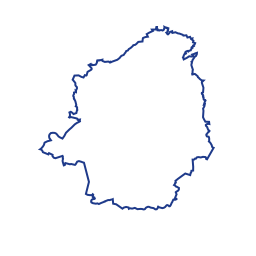 the district of San Marcos, Sucre, Colombia, rotated 72°
{"feature_id": "7082276B33104783866993", "entity_name": "San Marcos", "entity_type": "district", "adm_level": 2, "iso_a3": "COL", "parent_name": "Colombia", "parent_adm1": "Sucre", "projection": "robinson", "projection_center": [-75.194, 8.569], "detail": "fine", "context": "isolated", "style": "outline", "palette": "blue", "viewbox_px": 256, "rotation_deg": 72, "n_neighbors": 0, "source": "geoboundaries", "source_scale": "gbopen_adm2", "svg_char_len": 5611}
<svg xmlns="http://www.w3.org/2000/svg" viewBox="0 0 256 256"><g transform="rotate(72 128 128)"><path d="M205.1,152.1L205.0,151.5L205.1,150.6L205.9,149.1L206.0,148.4L206.1,146.2L208.1,144.1L208.8,141.1L209.4,139.6L210.2,138.5L210.3,138.1L210.4,137.5L210.3,136.9L209.4,135.6L209.2,134.8L209.1,133.5L209.4,132.5L210.8,130.9L212.1,128.4L213.6,127.3L214.0,126.7L214.1,125.7L213.2,124.4L212.9,123.7L212.4,123.8L212.1,123.7L212.2,123.4L212.9,123.1L214.7,120.3L214.9,119.8L214.9,118.2L214.6,117.1L213.5,115.3L213.4,114.6L213.7,114.1L214.4,113.4L215.2,113.0L215.3,112.3L215.0,111.8L214.4,111.1L212.7,109.6L211.9,108.6L210.9,107.8L210.1,107.0L210.1,106.8L210.8,105.5L210.7,103.9L210.4,103.8L209.1,104.9L206.5,102.7L206.3,102.4L204.8,102.3L204.2,102.5L203.8,102.4L203.5,101.7L203.1,99.8L202.3,98.7L200.8,98.1L198.8,99.9L198.7,100.3L197.2,101.1L196.5,101.8L195.6,100.6L194.8,100.1L194.7,99.4L192.9,99.2L192.0,96.6L192.0,96.9L189.0,87.6L192.0,83.4L190.1,82.3L189.9,81.7L188.3,80.9L188.6,79.2L185.1,78.0L178.0,76.3L178.4,75.1L178.3,74.4L177.8,73.7L178.0,73.2L178.1,72.7L177.3,71.8L177.2,71.3L177.5,69.8L178.5,67.9L178.6,65.6L179.6,63.3L180.1,63.0L181.6,63.2L182.2,62.5L173.3,52.7L172.5,53.6L171.9,53.8L170.1,53.7L167.8,54.2L167.0,54.5L166.2,55.0L165.8,55.2L165.6,54.9L163.3,54.1L162.0,53.9L161.2,54.0L160.7,55.1L160.3,55.6L158.8,55.7L158.2,55.3L157.9,54.5L156.9,53.4L156.5,52.0L156.0,51.4L155.5,51.6L155.2,52.1L153.4,52.4L151.6,52.4L149.9,53.2L149.1,53.0L148.7,51.9L148.7,51.2L149.0,49.9L149.3,49.4L148.6,49.3L148.2,49.2L147.2,49.0L145.9,52.5L142.8,53.1L140.9,53.3L134.9,50.9L132.8,50.6L131.0,48.7L129.1,47.6L129.1,48.5L126.7,46.8L125.9,45.8L125.3,45.9L125.2,46.3L124.5,47.1L123.6,47.2L123.0,46.8L122.5,46.7L122.0,47.0L121.5,46.7L121.2,46.9L120.7,46.5L120.2,46.7L119.5,46.5L118.9,47.0L118.4,46.9L118.2,47.1L117.7,47.1L117.4,46.9L117.3,45.6L113.0,43.8L107.8,43.8L107.1,43.5L106.9,43.4L106.9,42.9L106.2,41.5L105.5,43.2L103.5,44.6L102.1,45.2L101.3,45.8L100.4,45.7L97.6,47.4L97.2,47.8L97.0,50.3L96.3,50.3L95.2,49.4L93.7,49.0L92.7,48.3L87.8,48.3L87.5,48.2L85.9,47.3L85.9,47.2L85.7,47.1L85.0,47.1L85.1,46.8L84.5,46.5L83.9,45.9L83.4,45.7L81.0,42.6L80.6,42.0L80.5,41.1L79.0,39.7L77.8,39.2L77.8,41.1L78.0,41.9L78.0,44.3L79.6,43.7L79.9,44.9L79.2,46.6L78.7,47.6L79.5,50.5L80.0,53.8L79.5,53.8L79.2,53.4L78.8,53.8L77.8,53.9L77.6,53.4L76.0,52.4L75.5,51.6L74.9,51.2L75.2,50.2L75.0,49.8L73.7,50.1L73.5,49.9L73.2,49.1L73.1,47.6L73.2,47.2L73.9,47.0L73.4,45.7L73.5,44.3L72.5,43.6L71.9,42.4L71.4,42.5L71.5,42.0L70.8,42.0L70.5,40.3L69.9,40.6L69.7,40.6L69.3,39.0L68.0,37.9L66.6,39.7L65.2,38.8L63.8,39.8L62.7,39.1L62.6,40.6L60.5,40.8L60.3,43.5L57.9,43.8L57.2,46.8L56.3,47.1L56.0,47.5L54.1,49.9L53.5,51.2L51.6,53.3L51.4,55.3L51.3,55.2L50.7,56.6L49.6,56.2L49.6,58.3L50.5,59.4L51.3,61.0L51.1,61.4L49.2,62.0L49.2,61.5L49.0,61.4L48.1,60.0L47.4,60.1L47.0,59.5L45.6,58.8L44.9,59.7L45.4,59.9L44.0,61.6L43.8,61.4L43.1,62.1L43.9,62.2L44.3,62.8L45.2,63.2L45.9,64.1L45.9,65.1L45.7,65.2L45.2,66.0L44.9,67.4L44.4,68.8L44.6,68.8L44.2,69.7L43.4,69.4L43.2,70.1L40.9,69.2L40.7,69.8L42.9,71.1L41.8,74.8L43.4,74.4L43.9,78.5L44.5,81.2L47.3,80.9L46.9,83.2L47.0,85.8L47.4,86.2L50.2,87.5L49.3,91.6L50.6,94.0L51.1,95.4L50.9,97.4L51.5,98.1L52.7,100.8L53.2,102.9L54.2,104.1L54.3,106.0L55.5,107.1L56.0,108.1L57.0,109.2L57.2,109.8L57.3,111.8L57.7,112.7L58.8,114.3L59.8,117.0L60.0,122.8L60.2,124.1L60.2,124.4L59.9,124.4L60.1,124.8L60.0,125.1L59.0,125.7L58.7,126.3L58.0,129.6L56.3,131.6L55.5,131.5L55.1,131.3L54.9,134.3L54.7,134.2L54.2,136.3L55.0,136.9L55.8,137.1L57.0,138.1L57.8,139.2L57.3,142.2L56.5,142.7L56.0,143.3L56.2,143.8L56.8,143.5L56.9,144.2L56.3,144.6L56.0,145.4L55.9,145.3L56.0,145.9L59.8,144.2L60.3,144.2L61.0,144.6L61.3,145.3L62.1,149.1L65.1,151.1L65.2,151.6L64.4,152.7L66.2,154.7L65.0,156.5L62.7,158.7L61.6,162.7L65.0,165.7L65.9,165.2L66.6,165.1L67.4,164.7L68.9,164.2L69.5,164.3L70.8,164.8L71.8,164.7L73.3,164.0L74.3,164.2L74.8,164.5L76.0,165.7L77.3,166.2L77.1,166.3L77.7,166.4L77.6,168.4L79.0,168.8L80.0,169.9L80.5,170.1L80.9,170.2L81.7,169.9L83.2,170.4L83.6,170.4L84.0,170.3L84.0,170.1L86.3,169.8L89.1,170.0L90.2,170.1L91.2,171.0L92.1,170.2L92.5,170.1L93.0,170.1L94.5,170.7L95.2,170.6L95.9,171.4L97.8,172.5L97.9,175.5L96.4,176.2L94.9,177.4L95.1,178.9L96.8,178.9L98.6,179.5L99.6,180.7L100.1,180.2L99.9,179.4L99.9,179.0L103.2,173.6L103.8,173.2L104.5,173.4L105.2,172.9L105.0,171.9L105.1,171.1L105.8,171.5L106.8,171.6L107.1,172.9L107.4,175.1L108.1,177.5L110.3,181.8L111.1,183.8L113.4,188.5L115.8,190.9L117.8,193.6L115.7,195.8L114.5,196.7L111.8,197.7L110.7,198.4L110.0,199.3L109.3,201.0L109.0,203.0L109.9,204.6L110.8,205.3L111.5,205.6L113.1,205.9L115.9,205.1L115.7,208.7L116.1,211.6L116.4,212.1L117.9,213.0L119.3,214.6L120.8,217.1L121.1,218.1L121.5,217.5L122.2,216.9L123.3,216.5L124.7,216.4L128.5,211.9L127.5,210.9L130.2,208.0L131.4,208.5L133.3,207.8L134.3,206.4L134.3,198.9L135.2,198.8L136.6,199.4L137.2,199.3L138.6,200.2L139.7,200.5L143.7,200.6L143.7,199.6L142.0,198.4L144.4,194.7L144.6,194.4L144.6,193.3L146.7,189.8L146.4,189.1L144.3,186.7L144.3,184.9L145.8,182.7L146.5,181.9L147.4,180.6L167.2,181.8L177.7,188.4L179.0,187.2L180.0,185.2L180.5,183.8L180.6,182.7L180.1,182.0L180.5,181.8L180.7,181.7L181.7,182.3L181.6,182.5L182.7,182.9L183.3,182.6L183.4,181.9L183.6,181.5L184.9,181.4L185.1,181.8L184.8,183.9L185.1,184.7L185.7,185.4L186.4,185.5L186.8,185.9L187.6,185.7L188.6,184.7L190.0,182.1L190.3,180.3L191.3,179.2L191.0,176.7L190.8,172.7L190.6,172.7L190.4,169.1L190.8,168.1L190.9,167.4L190.9,166.0L191.1,165.1L191.0,164.5L195.4,165.5L196.9,162.8L203.0,158.2L202.4,156.6L202.5,154.2L203.8,152.0L205.1,152.1Z" fill="none" stroke="#1e3a8a" stroke-width="2"/></g></svg>